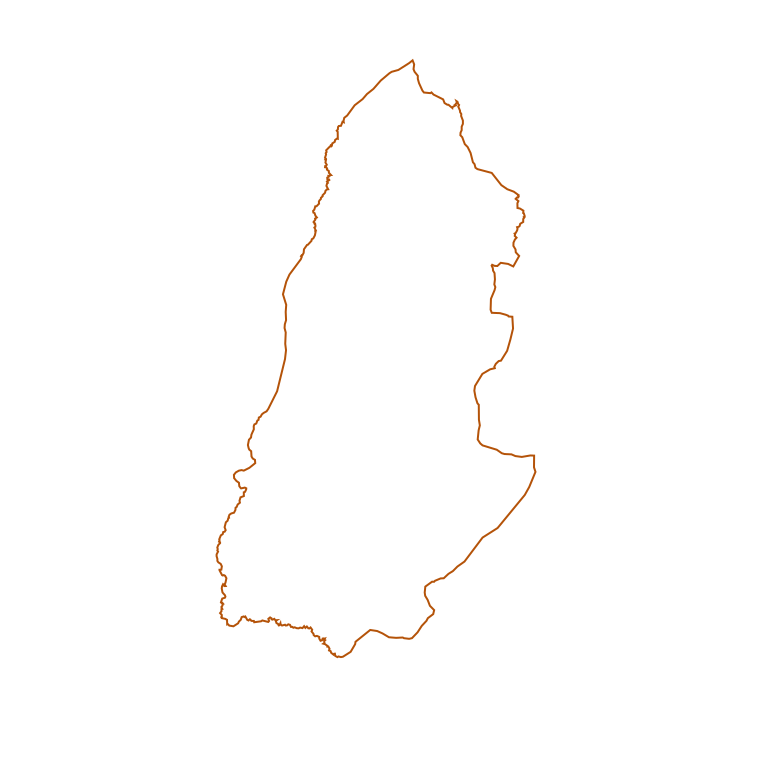 the district of Jirapa, Upper West, Ghana, rotated 123°
{"feature_id": "2480657B21686152565613", "entity_name": "Jirapa", "entity_type": "district", "adm_level": 2, "iso_a3": "GHA", "parent_name": "Ghana", "parent_adm1": "Upper West", "projection": "albers", "projection_center": [-2.598, 10.589], "detail": "fine", "context": "isolated", "style": "outline", "palette": "amber", "viewbox_px": 768, "rotation_deg": 123, "n_neighbors": 0, "source": "geoboundaries", "source_scale": "gbopen_adm2", "svg_char_len": 6164}
<svg xmlns="http://www.w3.org/2000/svg" viewBox="0 0 768 768"><g transform="rotate(123 384 384)"><path d="M550.2,217.4L546.3,218.8L545.0,224.7L541.3,229.8L539.2,234.1L536.7,236.3L531.4,239.0L523.6,236.0L522.6,234.3L521.3,234.1L516.2,230.6L514.4,228.1L508.0,226.5L503.3,224.3L497.1,223.0L489.1,219.8L459.1,217.7L442.9,210.3L400.4,205.5L391.3,206.1L375.2,209.1L372.2,212.8L362.3,219.1L364.2,222.3L370.1,228.7L372.9,234.6L373.6,238.8L377.1,244.8L377.9,247.5L377.7,253.6L381.8,267.9L381.4,270.9L379.5,275.2L371.3,279.4L366.5,281.1L362.3,284.9L349.8,293.2L349.3,295.1L345.3,300.0L340.4,304.6L336.1,306.6L321.9,307.0L313.9,303.0L310.4,299.7L309.4,300.9L306.2,301.2L302.3,300.3L300.7,298.6L289.1,298.8L277.7,302.3L267.2,306.0L257.7,313.0L259.5,316.3L259.1,317.1L259.6,319.6L261.4,325.3L265.6,332.4L263.7,335.0L254.3,340.7L245.0,342.4L242.1,343.4L240.4,345.7L235.9,347.9L230.8,351.7L229.5,354.3L227.5,355.9L226.1,358.2L225.1,358.2L224.7,355.6L223.3,353.2L218.8,352.1L215.7,345.3L215.0,339.6L203.0,340.4L201.8,345.2L199.5,347.0L197.7,350.7L194.9,352.4L191.5,352.9L189.1,352.5L188.6,355.0L187.1,355.6L186.7,356.4L185.7,355.8L182.7,356.0L181.0,356.6L180.0,357.8L178.9,356.7L177.7,356.3L175.4,357.0L172.3,355.5L169.8,357.1L167.8,357.0L167.7,357.7L166.6,357.4L164.7,359.7L164.8,360.4L162.7,361.5L162.8,365.6L163.7,367.9L159.7,370.6L157.4,370.9L157.0,374.4L155.2,374.1L154.7,373.2L153.5,373.1L153.0,374.1L152.3,374.0L152.0,379.9L153.5,386.7L153.3,393.9L148.3,408.6L152.9,422.7L152.8,425.1L150.3,427.8L149.6,430.2L143.1,437.2L139.7,442.9L138.8,446.9L134.4,452.8L133.8,455.4L131.5,456.7L128.8,457.1L125.9,459.0L122.9,459.5L120.1,461.3L117.2,465.3L115.5,466.2L114.5,468.3L113.3,469.2L111.0,472.7L109.1,473.0L108.9,474.1L107.3,476.1L107.3,477.3L108.1,476.2L110.6,476.4L111.1,475.6L111.8,476.6L112.3,476.2L114.5,477.4L115.3,477.0L114.7,482.0L115.3,483.0L115.4,486.2L113.1,489.4L114.3,500.1L113.6,503.0L114.8,503.5L117.8,509.3L117.0,511.6L112.6,518.5L109.7,521.8L107.1,523.5L105.5,528.4L103.9,530.7L99.5,532.8L97.0,536.3L101.2,537.7L112.8,543.0L118.0,547.6L120.4,548.7L131.3,552.0L142.3,553.6L150.1,556.2L156.7,557.1L166.2,560.4L178.9,561.1L182.4,562.3L185.5,561.2L186.4,560.3L186.7,561.6L190.9,560.7L192.2,562.4L193.5,562.5L195.7,561.3L197.3,561.6L197.7,560.2L203.5,556.3L203.7,557.1L206.0,557.9L207.7,557.2L210.4,558.4L212.4,557.6L212.7,558.5L213.6,557.9L214.1,558.7L219.5,559.8L220.7,558.5L222.2,558.6L223.0,557.6L226.4,556.7L226.7,555.5L227.7,555.5L227.5,554.8L230.2,553.7L231.3,551.4L232.9,551.4L233.3,552.0L234.3,551.5L233.8,550.4L234.2,549.1L235.3,548.6L235.4,546.3L236.9,545.2L237.6,542.3L238.1,543.0L239.0,542.9L239.7,544.0L240.4,543.3L241.8,544.0L243.3,542.9L242.4,541.7L242.7,541.0L245.4,542.0L245.9,540.6L247.0,540.9L249.2,540.2L251.1,536.9L252.0,537.9L253.9,538.3L255.7,537.6L259.2,538.3L260.0,537.7L262.2,538.3L263.3,537.7L265.3,538.1L266.6,537.9L268.1,536.7L271.7,537.4L272.4,538.4L275.7,537.4L277.5,537.7L278.7,536.6L278.5,535.3L280.2,533.2L280.9,531.0L282.8,531.9L283.5,531.1L286.5,531.3L286.9,529.4L287.5,529.5L288.0,528.1L289.5,527.2L290.7,527.6L292.5,524.6L293.2,525.0L294.0,524.1L297.0,522.9L300.4,522.6L301.9,523.4L303.5,522.8L308.7,523.7L309.3,524.3L314.6,524.5L317.8,522.8L320.2,522.6L320.5,523.1L322.0,523.2L322.1,522.2L324.7,521.7L343.7,522.9L351.4,521.7L363.8,517.6L370.9,509.1L377.1,505.7L383.8,500.9L387.9,499.7L391.2,497.9L394.3,494.5L404.1,488.7L409.0,484.6L417.0,480.6L448.3,469.7L467.9,467.5L470.9,467.6L473.8,469.2L476.0,469.9L478.6,469.7L480.3,470.7L482.4,469.7L483.7,470.3L486.7,469.6L488.5,470.7L490.3,470.3L492.9,468.5L498.7,467.6L501.3,466.4L504.3,466.9L509.3,464.9L511.5,462.6L512.4,461.3L512.7,458.8L517.0,455.6L518.0,453.4L517.9,450.9L520.5,448.9L527.7,451.3L533.0,454.4L533.8,456.6L535.7,458.5L538.8,460.1L541.9,460.4L544.6,458.4L545.7,454.9L545.8,451.9L548.5,449.7L549.3,447.6L549.4,447.0L546.7,444.3L546.5,442.7L547.4,442.2L550.1,441.8L551.2,442.6L554.3,440.5L557.2,442.6L560.6,441.6L562.0,440.2L564.8,441.1L567.3,440.6L568.6,441.1L570.6,440.0L573.6,439.7L575.8,441.6L577.8,442.4L580.0,441.9L580.6,441.1L581.4,441.5L583.8,440.7L586.1,441.3L590.9,439.7L592.8,437.2L594.7,437.2L595.7,438.2L597.8,437.5L599.8,438.4L604.0,437.6L604.4,436.9L606.1,436.5L606.0,435.3L606.7,434.8L609.3,435.3L612.0,434.7L613.0,433.5L614.4,433.1L614.9,431.9L618.0,431.6L619.5,430.7L621.5,428.4L623.1,427.4L623.8,425.8L623.8,423.0L625.2,420.7L628.3,419.3L629.4,420.8L629.8,420.5L632.5,415.7L632.4,414.9L631.5,414.3L631.4,412.8L632.7,410.4L637.1,408.7L638.7,408.7L639.7,406.8L640.4,407.8L639.7,409.9L642.0,409.6L643.9,408.7L646.8,405.9L647.8,402.3L648.7,401.2L649.8,401.0L652.1,402.8L653.3,402.5L656.0,401.8L656.1,400.9L655.6,400.4L656.0,399.1L656.6,399.5L657.7,398.8L659.6,398.9L660.7,397.1L661.3,397.7L663.2,396.5L665.4,396.7L666.0,394.3L667.5,393.3L668.2,393.5L668.7,392.6L667.4,389.1L667.3,387.2L671.0,384.6L670.4,384.2L670.9,382.2L669.2,378.3L664.1,376.0L662.3,376.3L659.8,375.7L657.0,376.4L655.4,375.1L655.5,374.2L654.5,373.7L656.3,370.2L656.1,368.8L654.5,368.5L654.3,367.9L654.9,366.2L653.6,364.1L654.5,363.1L649.9,357.8L648.6,357.3L646.6,351.5L645.4,351.3L643.9,353.1L641.8,352.4L641.8,350.7L642.6,350.1L642.3,349.1L640.7,348.1L641.3,346.4L640.4,345.2L641.7,345.7L643.1,343.9L642.9,342.3L643.8,340.8L643.3,340.3L641.0,340.6L641.9,339.8L642.1,338.0L639.8,335.9L640.1,335.0L639.3,333.9L637.7,333.4L637.2,331.7L638.4,329.7L637.6,328.6L637.8,327.3L636.7,326.4L636.3,324.2L635.4,322.5L634.0,321.7L633.1,319.4L630.6,319.1L631.4,317.1L629.4,316.6L630.1,314.4L629.6,313.4L628.2,313.0L629.2,310.4L631.0,310.0L631.9,307.1L632.9,306.2L633.1,304.3L631.8,303.1L631.4,300.6L632.8,299.6L633.9,297.4L632.7,296.4L630.9,296.8L630.3,296.1L630.8,295.6L629.8,294.9L631.1,294.7L631.0,293.9L632.1,294.2L633.6,292.9L634.8,293.4L634.3,291.7L634.4,289.0L635.1,288.5L634.5,287.7L635.7,285.5L637.4,285.0L637.1,283.3L638.2,281.9L638.5,278.9L637.4,278.9L636.9,278.3L638.6,276.8L638.4,274.3L637.3,273.8L636.5,271.4L635.1,269.9L626.8,266.1L617.9,266.5L615.7,267.5L597.8,261.6L594.9,255.2L594.0,249.5L593.7,241.9L590.3,235.6L586.4,230.2L586.3,228.8L584.0,224.1L581.9,222.1L574.0,220.6L566.3,220.6L559.5,219.4L556.5,219.7L550.2,217.4Z" fill="none" stroke="#b45309" stroke-width="2"/></g></svg>